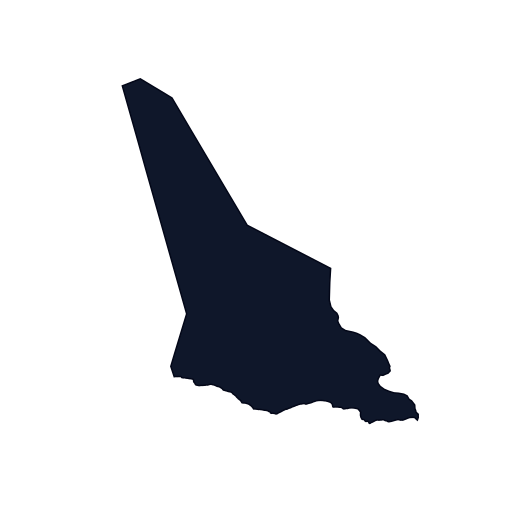 outline of Bitica, Litoral, Equatorial Guinea, rotated 254°
{"feature_id": "11065452B13026737962858", "entity_name": "Bitica", "entity_type": "district", "adm_level": 2, "iso_a3": "GNQ", "parent_name": "Equatorial Guinea", "parent_adm1": "Litoral", "projection": "equal_earth", "projection_center": [9.489, 1.359], "detail": "fine", "context": "isolated", "style": "filled", "palette": "ink", "viewbox_px": 512, "rotation_deg": 254, "n_neighbors": 0, "source": "geoboundaries", "source_scale": "gbopen_adm2", "svg_char_len": 5302}
<svg xmlns="http://www.w3.org/2000/svg" viewBox="0 0 512 512"><g transform="rotate(254 256 256)"><path d="M456.4,174.4L397.3,174.2L371.7,174.0L317.9,173.8L316.7,173.8L219.5,173.4L185.0,151.1L173.4,143.7L162.5,144.1L162.3,145.5L161.8,147.1L161.5,148.4L161.4,148.6L160.9,150.5L160.6,150.9L159.7,151.1L159.3,151.8L158.9,152.6L158.8,153.4L158.4,154.3L157.9,155.1L157.6,156.0L157.3,156.7L156.9,157.4L156.5,158.2L156.1,159.3L155.9,159.8L155.6,160.3L155.4,160.7L155.2,161.1L154.7,161.6L154.0,161.8L153.2,161.6L152.7,161.5L152.2,161.5L151.5,161.7L151.0,162.0L150.0,162.3L149.5,162.3L149.0,162.5L148.6,162.8L148.3,163.3L147.9,164.1L147.6,164.6L147.2,165.4L147.0,166.0L147.0,166.6L146.8,167.3L146.7,167.8L146.5,168.5L146.2,169.4L146.2,170.0L146.2,170.4L146.0,170.8L145.8,171.3L145.8,171.7L145.8,172.1L145.7,172.6L145.6,173.3L145.3,173.9L145.3,174.5L145.4,175.4L145.3,176.1L145.3,176.7L145.0,177.8L144.6,178.3L144.2,179.0L143.8,179.8L143.4,180.5L143.1,180.8L142.6,181.4L142.2,181.9L141.7,182.4L141.4,182.8L140.8,183.9L140.6,184.5L140.3,184.7L139.9,185.2L139.5,185.6L139.1,185.9L138.7,186.2L138.2,186.7L137.6,187.1L137.0,187.3L136.6,187.4L136.3,187.6L135.8,188.2L135.6,188.7L135.2,189.2L134.9,189.7L134.6,190.3L134.2,190.9L133.7,191.6L133.4,192.0L133.1,192.6L132.8,193.2L132.3,194.2L131.9,194.7L131.1,195.4L130.5,195.6L129.6,196.0L129.1,196.5L128.7,196.9L128.0,197.3L127.4,197.8L126.7,198.2L126.0,198.4L124.9,199.0L124.4,199.4L123.7,199.6L123.0,200.2L122.4,200.5L122.0,201.1L121.5,201.2L120.9,201.6L120.3,201.6L119.9,201.8L119.5,201.9L119.1,202.0L118.8,202.1L118.5,202.7L118.1,203.7L117.8,204.6L117.5,205.4L117.0,206.1L116.8,206.5L116.2,207.4L115.9,207.8L115.7,208.0L115.3,208.6L114.3,209.2L113.6,209.8L112.9,210.3L112.2,210.6L111.5,211.0L110.8,211.2L110.4,211.4L110.1,211.4L109.7,211.5L109.4,212.4L109.1,213.3L108.7,214.2L108.3,215.2L107.8,216.1L107.6,217.2L107.0,218.4L106.8,219.0L106.2,220.2L105.9,220.7L105.4,221.6L105.2,222.2L104.9,223.0L104.6,223.6L104.2,224.2L104.0,224.7L103.2,225.3L102.9,225.6L102.6,226.2L102.3,226.5L101.6,226.7L101.2,226.7L100.8,227.1L100.5,227.6L100.4,228.3L100.2,229.1L99.9,229.6L99.7,230.0L99.4,230.7L99.0,231.1L98.8,231.4L98.6,231.9L98.6,232.5L98.6,233.1L98.9,233.8L99.1,234.6L99.2,235.6L99.4,236.8L99.6,237.7L99.9,238.9L100.1,239.7L100.2,240.5L100.3,241.4L100.7,242.3L100.6,242.7L100.3,243.0L100.3,243.5L100.3,244.3L100.6,245.0L100.6,245.9L100.6,246.8L100.6,247.5L100.8,248.2L101.0,249.2L101.0,250.1L101.1,250.9L101.1,251.6L101.2,252.4L101.4,253.1L101.3,254.3L101.5,255.2L101.5,255.8L101.5,256.6L101.5,257.5L101.4,258.3L101.2,259.0L101.2,259.8L101.1,260.7L100.9,261.4L100.8,262.0L100.2,262.6L99.9,263.1L99.8,263.9L99.9,265.4L99.9,266.3L99.8,267.3L99.8,268.1L99.8,268.7L99.9,269.7L100.1,270.9L100.1,271.8L100.1,272.6L100.2,273.4L100.2,274.5L100.0,275.6L99.9,276.4L99.6,277.5L99.2,278.9L98.8,280.1L98.4,281.0L98.0,281.9L97.7,282.8L97.3,283.6L96.8,284.3L96.3,285.3L95.7,286.0L95.1,286.9L94.6,287.5L93.4,288.1L92.7,288.4L91.9,288.5L91.2,288.4L90.8,288.4L90.3,288.3L89.6,288.5L89.4,289.0L89.3,289.5L89.1,290.4L89.0,291.0L88.6,292.0L88.5,292.5L88.1,293.5L87.7,294.3L87.3,295.6L86.9,296.5L86.2,297.0L85.6,297.5L85.0,297.8L84.8,298.5L84.7,299.0L84.6,299.8L84.6,300.7L84.2,301.8L84.2,302.6L84.2,303.8L84.0,304.4L83.9,305.3L83.7,305.9L83.5,306.6L83.2,307.5L82.8,308.4L82.5,309.1L82.1,309.8L81.6,310.8L81.2,311.6L80.7,312.0L79.9,312.3L79.3,312.7L78.6,313.1L77.9,313.1L77.1,313.6L76.4,313.3L75.6,313.0L74.7,312.7L73.9,312.5L73.0,312.5L72.4,312.4L71.5,312.6L70.9,312.7L70.3,312.7L69.9,313.0L69.5,313.5L69.2,314.3L68.8,314.9L68.4,315.1L67.6,315.3L67.2,315.5L66.7,316.0L66.5,317.1L66.4,317.7L65.9,318.3L65.5,318.5L65.0,318.6L64.4,318.6L64.0,318.8L63.7,319.2L63.8,319.8L64.1,320.4L64.2,321.3L64.3,322.3L64.5,323.2L64.7,324.2L64.9,324.9L65.0,325.6L65.0,326.2L65.1,327.2L64.8,327.8L64.5,328.5L64.3,329.1L64.2,329.8L64.0,330.6L63.8,331.5L63.8,332.4L63.4,333.5L63.1,334.0L62.4,334.6L62.0,335.1L61.8,335.6L61.6,336.1L61.4,336.4L60.8,336.8L60.6,337.1L60.2,337.6L60.0,338.4L59.9,339.6L59.8,340.5L59.8,341.4L59.8,342.3L59.8,343.1L59.8,343.7L59.8,344.6L59.8,345.4L59.7,346.6L59.7,347.4L58.9,348.9L58.6,349.4L58.4,349.7L58.2,350.6L58.1,351.2L57.8,351.7L57.8,352.4L57.9,353.3L58.0,354.5L58.1,355.7L58.2,356.3L58.3,357.3L58.4,358.8L58.2,360.1L57.9,361.3L57.7,362.2L57.5,362.8L57.2,363.5L56.8,364.2L56.3,364.4L55.7,364.7L55.1,365.1L54.2,365.6L54.0,365.8L53.8,365.9L53.9,366.0L54.1,366.1L56.1,367.5L57.5,367.8L59.2,368.3L61.7,366.8L63.7,366.9L65.5,366.7L69.1,367.5L73.9,365.6L76.2,363.6L79.9,362.7L82.4,360.0L84.8,355.2L86.4,350.9L89.3,346.5L92.5,342.5L96.5,339.4L99.9,338.2L102.3,338.4L104.4,339.7L107.3,342.5L107.1,343.3L106.7,344.1L106.3,345.2L106.5,346.6L106.7,347.5L106.8,348.6L106.9,349.4L106.9,350.0L107.0,350.7L107.5,351.4L108.1,352.6L108.5,353.2L109.1,353.4L109.8,353.4L110.7,353.4L111.4,353.4L112.0,353.5L112.7,354.2L113.5,354.3L114.4,354.1L115.5,354.0L116.5,353.8L117.4,353.8L118.0,353.7L118.8,353.6L119.1,353.6L125.5,352.5L130.6,348.9L135.5,346.3L140.6,341.9L147.3,338.2L151.5,334.3L153.9,331.5L156.0,328.3L159.7,321.4L163.4,318.1L168.5,316.8L171.1,316.6L174.1,318.2L175.9,318.4L178.7,317.9L182.2,315.5L186.5,314.0L193.5,314.3L210.5,319.7L223.5,324.3L288.0,256.0L319.5,247.8L319.8,247.7L397.4,227.5L431.1,218.8L458.2,193.6L456.4,174.4Z" fill="#0f172a" stroke="#020617" stroke-width="1.5"/></g></svg>